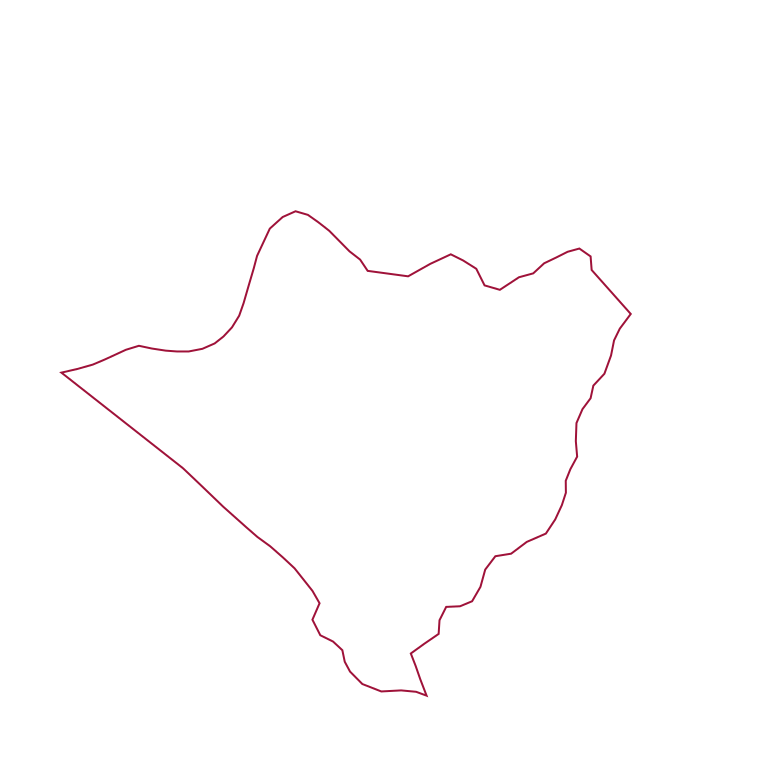 the district of Pescaria Brava, Santa Catarina, Brazil, rotated 223°
{"feature_id": "56859067B22440893254940", "entity_name": "Pescaria Brava", "entity_type": "district", "adm_level": 2, "iso_a3": "BRA", "parent_name": "Brazil", "parent_adm1": "Santa Catarina", "projection": "albers", "projection_center": [-48.887, -28.41], "detail": "fine", "context": "isolated", "style": "outline", "palette": "rose", "viewbox_px": 768, "rotation_deg": 223, "n_neighbors": 0, "source": "geoboundaries", "source_scale": "gbopen_adm2", "svg_char_len": 1330}
<svg xmlns="http://www.w3.org/2000/svg" viewBox="0 0 768 768"><g transform="rotate(223 384 384)"><path d="M251.3,603.5L309.9,609.0L319.9,618.2L333.5,616.3L339.9,605.9L344.3,594.0L349.2,581.5L350.3,566.7L358.1,554.1L363.5,531.9L377.7,524.7L395.1,531.2L410.4,528.3L423.6,524.4L432.1,503.4L439.8,479.2L473.1,455.6L486.3,458.7L499.7,457.5L528.6,458.7L542.4,457.5L555.0,455.8L566.5,450.0L572.0,437.0L573.5,419.8L564.2,391.1L558.2,379.9L550.1,363.7L541.8,347.3L536.5,335.2L533.8,321.7L533.8,309.3L535.5,298.2L540.8,285.9L549.1,274.5L557.6,266.6L566.3,259.6L578.0,251.6L589.3,244.8L596.1,233.0L604.9,211.5L610.2,199.6L618.5,185.9L627.7,172.3L473.6,185.3L451.3,185.1L417.9,184.6L386.9,185.3L372.2,185.8L356.5,187.7L339.9,188.2L323.7,188.2L307.7,185.8L295.2,183.9L281.6,179.7L275.6,162.8L259.2,156.8L245.6,160.9L232.9,160.9L223.3,154.1L212.7,150.5L195.2,149.8L176.3,157.3L162.5,171.6L150.6,180.8L140.3,185.1L156.1,192.8L168.6,199.4L180.6,205.2L177.4,221.4L173.6,238.5L182.3,249.1L186.5,263.4L176.8,273.3L171.4,285.2L175.1,301.4L183.4,317.3L185.1,334.0L175.3,346.6L171.9,365.9L163.6,385.0L166.4,401.7L171.3,416.7L176.8,428.5L185.1,437.2L189.6,448.8L193.2,462.6L204.7,473.0L216.6,486.7L221.7,501.0L223.2,514.5L229.8,525.6L229.8,541.8L237.4,559.7L245.5,572.8L249.3,585.3L251.3,603.5Z" fill="none" stroke="#9f1239" stroke-width="2"/></g></svg>